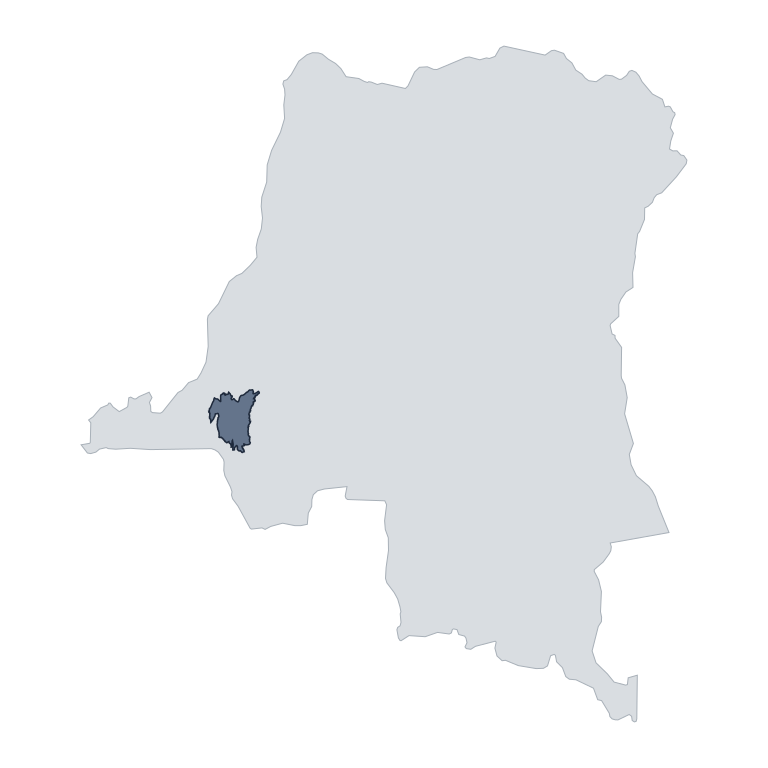 location of Kenge, Bandundu, Democratic Republic of the Congo
{"feature_id": "63176286B18264844623742", "entity_name": "Kenge", "entity_type": "district", "adm_level": 2, "iso_a3": "COD", "parent_name": "Democratic Republic of the Congo", "parent_adm1": "Bandundu", "projection": "robinson", "projection_center": [16.889, -5.103], "detail": "fine", "context": "in_parent", "style": "filled", "palette": "slate", "viewbox_px": 768, "rotation_deg": 0, "n_neighbors": 0, "source": "geoboundaries", "source_scale": "gbopen_adm2", "svg_char_len": 9328}
<svg xmlns="http://www.w3.org/2000/svg" viewBox="0 0 768 768"><path d="M669.0,532.5L610.2,543.0L611.3,546.8L610.8,550.7L609.2,553.8L603.2,562.0L594.3,569.6L594.2,571.4L598.6,579.9L601.4,591.5L600.5,611.8L601.6,617.3L601.4,621.6L598.3,626.4L592.1,650.9L596.0,662.8L607.4,673.9L614.1,682.1L625.6,685.1L627.4,684.6L628.2,677.8L637.3,675.2L636.8,718.9L636.1,721.4L634.4,721.9L632.2,720.5L631.6,716.3L629.2,714.5L618.0,719.9L615.2,719.8L612.1,718.9L609.9,716.6L609.3,713.3L601.6,700.6L597.7,699.7L593.5,688.2L576.0,679.8L569.3,679.2L565.8,676.6L562.4,667.6L556.6,661.8L555.4,655.3L554.2,654.4L550.6,655.7L547.5,665.9L543.5,668.3L536.3,668.6L518.3,665.6L505.5,660.3L502.1,660.7L497.0,656.0L494.9,648.1L496.2,642.1L495.2,641.2L475.5,646.3L470.8,649.3L466.3,648.6L465.0,646.9L467.0,642.7L466.0,638.2L464.6,636.1L458.8,634.5L457.0,629.6L453.5,628.9L452.3,629.6L451.4,632.9L449.2,634.0L437.5,632.4L425.2,636.7L409.0,635.6L401.1,640.7L400.0,640.5L398.4,637.9L396.9,629.7L397.7,627.4L400.1,625.8L401.0,622.4L400.2,613.9L400.9,611.8L400.0,606.9L397.7,599.0L394.2,592.6L386.9,582.9L385.5,578.4L386.1,567.6L388.5,550.5L388.3,537.8L385.3,529.5L384.6,520.7L386.6,504.7L384.8,500.8L347.5,499.5L346.0,498.3L345.2,496.1L347.0,486.6L324.3,489.0L317.5,490.8L313.3,494.7L311.9,499.6L311.7,506.5L308.3,513.1L307.3,524.3L301.0,525.6L294.7,525.6L282.6,523.2L270.8,526.4L265.1,529.4L262.0,527.9L251.4,529.1L250.1,528.2L238.0,506.1L232.6,498.8L231.5,495.1L232.0,491.7L230.5,487.1L224.9,475.8L223.8,470.5L224.1,462.2L223.5,459.4L218.4,452.2L215.0,449.9L211.3,448.6L150.5,449.6L130.3,448.3L115.7,449.2L108.2,448.6L106.2,447.6L99.5,449.1L95.9,452.1L90.7,453.6L87.4,453.0L81.1,444.8L89.7,443.3L90.3,442.5L90.8,422.8L88.6,420.0L93.2,416.7L100.6,408.0L107.8,404.9L108.8,403.1L110.3,403.2L113.0,406.9L119.2,411.6L126.9,407.4L127.8,406.3L128.8,397.8L130.7,397.1L134.0,398.9L135.9,398.9L139.2,396.5L149.1,392.2L152.0,397.6L149.4,402.5L150.6,406.0L150.8,411.4L152.4,412.6L160.3,413.2L162.5,411.9L178.0,392.5L182.1,390.3L188.6,382.6L197.2,379.1L201.0,373.0L206.0,362.2L208.2,346.5L207.4,319.5L208.1,315.8L218.5,303.7L229.3,281.5L236.5,275.7L241.9,273.4L250.3,265.3L257.0,257.2L256.1,247.4L257.7,239.3L261.3,229.0L262.5,218.0L261.2,206.5L261.8,197.1L266.7,182.1L267.2,164.9L271.6,150.4L280.5,132.1L284.6,118.4L283.8,104.9L285.0,95.0L284.6,89.1L282.9,84.1L283.7,80.9L287.1,79.6L291.3,74.5L298.8,61.2L306.9,54.8L312.5,52.7L318.4,52.9L322.2,54.1L328.5,59.3L335.6,63.5L340.9,68.6L346.1,76.7L358.8,78.5L364.2,81.4L367.5,82.5L368.7,81.7L371.3,82.1L377.3,84.5L382.0,83.2L405.4,88.5L408.0,85.9L414.6,72.0L419.4,67.3L427.4,66.8L433.6,69.4L437.0,69.5L465.6,57.5L469.3,57.0L479.8,59.8L486.5,57.9L489.3,58.5L495.1,56.4L499.9,48.1L503.9,46.1L545.1,55.1L551.4,50.7L554.4,50.2L563.6,53.4L566.4,58.5L571.9,62.9L575.8,70.1L582.0,74.2L585.1,78.0L588.7,80.7L596.2,81.7L605.7,75.1L612.4,75.8L619.2,79.4L621.5,79.2L626.6,75.4L629.3,71.3L631.9,70.4L635.9,72.2L639.1,76.0L642.0,81.6L652.4,94.0L662.4,99.3L664.9,106.9L668.5,106.2L670.3,106.9L672.9,111.7L674.7,112.7L675.1,114.6L672.6,119.2L670.3,127.8L673.4,133.2L670.8,140.9L669.5,149.0L672.8,150.9L677.0,150.8L680.8,155.0L683.8,155.6L686.9,160.1L686.2,163.8L676.4,176.8L661.7,192.8L656.7,194.7L654.2,197.7L652.4,202.3L648.1,206.3L644.7,207.9L644.5,219.4L639.6,231.4L637.7,233.8L634.9,253.3L635.4,256.7L632.6,272.6L633.0,287.4L625.9,292.0L620.9,299.3L618.8,304.4L618.8,316.4L610.7,323.8L610.1,325.5L612.1,334.0L615.0,335.4L615.1,338.2L621.6,347.4L621.2,375.5L621.5,378.2L624.9,384.9L627.2,397.6L624.6,413.8L633.4,443.5L629.3,454.4L631.1,464.8L636.4,475.7L648.9,486.4L652.3,490.9L655.4,496.8L658.3,506.1L669.0,532.5Z" fill="#d9dde1" stroke="#a8b0b8" stroke-width="1"/><path d="M217.7,399.0L216.1,398.9L215.3,398.6L214.6,397.9L214.2,398.2L214.1,398.8L213.9,399.1L213.8,400.2L213.5,401.1L212.9,401.9L212.4,403.0L210.5,407.7L210.3,408.0L209.6,408.4L209.6,409.1L209.4,409.2L209.5,409.5L209.3,410.0L209.2,410.4L209.3,410.4L209.3,410.5L209.2,410.8L209.3,410.9L209.3,411.1L209.1,411.1L209.0,411.3L209.0,411.5L208.9,411.5L209.0,411.7L208.9,412.2L209.5,412.4L209.5,412.7L209.8,413.3L209.7,413.5L209.9,413.8L209.7,414.1L209.8,414.9L209.7,415.4L209.8,416.0L209.5,416.4L209.8,416.8L209.9,417.0L209.5,417.6L209.4,417.8L209.5,418.2L210.2,418.9L210.4,419.5L210.6,419.4L210.7,419.9L210.8,420.0L210.7,422.2L210.8,422.5L213.7,418.7L213.9,417.7L214.1,417.2L214.6,416.8L215.1,415.2L215.3,414.1L215.4,413.8L216.8,413.8L217.4,413.4L218.2,413.6L218.6,414.9L218.6,415.5L218.9,416.0L218.5,417.3L218.0,417.7L217.9,418.3L218.1,418.8L218.1,419.0L217.8,419.3L217.8,419.7L217.5,420.1L217.6,421.1L217.3,421.6L217.4,422.1L217.4,423.3L217.2,423.7L217.1,424.3L217.3,426.2L217.4,426.4L217.4,427.0L217.5,427.7L217.9,428.1L217.7,428.7L218.0,429.8L218.4,430.2L218.6,430.6L218.6,430.8L218.5,431.0L219.0,432.3L219.0,432.8L219.2,433.3L219.0,433.6L219.0,434.0L219.1,434.7L219.2,434.9L219.3,435.3L219.1,435.8L219.0,437.2L219.7,437.5L219.9,437.5L220.1,437.3L220.3,437.5L220.6,437.4L221.3,437.3L221.5,437.7L221.8,438.0L222.3,438.0L222.6,438.2L223.0,439.1L223.6,439.3L223.9,440.1L224.6,440.7L224.8,440.7L224.9,441.5L225.6,441.8L226.2,442.4L226.7,442.7L226.9,442.8L227.6,442.2L228.9,441.5L229.0,441.8L229.0,442.0L229.1,442.8L229.5,443.2L230.6,443.8L230.8,444.2L230.7,444.4L230.9,444.6L231.0,445.4L231.1,445.5L231.1,445.8L231.3,446.2L231.1,447.1L231.6,447.1L231.8,447.0L231.9,446.7L231.9,445.2L232.1,444.1L232.0,442.3L232.1,441.8L232.1,441.1L232.2,440.7L232.5,440.3L232.8,442.1L233.2,444.1L233.2,444.6L232.8,448.8L232.8,450.0L233.8,450.0L234.3,449.9L234.5,449.8L234.6,447.8L234.6,447.4L235.3,447.0L236.3,445.6L236.7,445.5L236.9,445.6L237.0,446.1L237.4,446.5L237.4,446.8L237.5,447.0L237.5,447.3L237.3,447.4L237.2,447.5L237.2,447.8L237.4,448.0L237.4,448.6L237.3,448.8L237.3,449.0L237.5,449.1L237.5,449.6L237.9,450.0L238.8,450.8L239.2,451.0L240.5,450.8L241.7,452.2L242.2,452.5L243.7,451.8L244.2,451.7L244.0,451.1L244.1,450.7L243.8,450.4L243.8,450.2L243.7,449.5L243.1,449.2L242.9,448.8L243.0,448.6L242.8,448.5L242.9,448.4L242.8,448.1L242.6,448.1L242.4,447.4L242.3,447.2L242.1,447.1L241.9,446.7L242.0,446.1L242.3,446.0L243.1,446.0L243.9,445.8L244.3,445.6L244.4,445.3L243.8,444.3L243.8,444.0L244.5,444.1L245.7,444.9L247.9,444.7L248.8,444.5L249.9,443.8L250.3,442.6L250.1,442.2L249.7,441.8L249.5,441.3L249.6,440.7L249.5,440.3L249.6,439.8L249.4,439.6L249.7,439.1L249.6,438.6L249.7,438.0L249.7,437.9L250.0,437.1L249.8,436.9L249.6,436.5L249.4,436.5L249.4,436.3L249.2,436.2L248.7,435.8L248.5,435.3L248.5,435.1L248.2,434.9L248.2,434.5L248.2,434.2L248.3,433.9L248.5,433.6L248.3,433.4L248.2,433.2L248.1,432.9L248.2,432.4L247.9,431.6L248.2,431.1L248.0,430.7L248.1,430.0L248.2,429.9L248.3,429.5L248.2,428.7L248.4,428.0L248.2,427.8L248.4,427.7L248.2,427.1L248.3,426.7L248.2,426.5L248.3,426.4L248.3,426.0L248.6,426.0L248.4,425.7L248.8,425.1L248.7,424.8L248.7,424.7L249.3,424.2L249.5,423.8L249.6,423.3L249.8,423.0L250.0,423.0L250.1,422.6L250.3,422.5L250.4,422.0L250.2,422.0L250.1,421.8L250.3,421.5L250.1,421.5L249.8,421.4L249.7,421.1L249.9,420.9L249.4,420.5L249.9,419.7L249.8,419.2L249.8,418.9L249.3,418.6L249.2,418.3L249.3,418.1L249.1,417.9L249.2,417.5L249.5,417.1L249.4,416.8L249.6,416.2L249.4,415.6L249.6,415.3L249.6,415.2L249.2,415.2L249.0,414.8L249.1,414.5L248.9,414.2L249.0,413.7L249.1,413.2L249.4,412.9L249.5,412.6L249.7,412.4L249.6,412.2L250.0,412.1L250.1,411.2L250.5,410.9L250.2,410.7L250.4,410.3L250.4,410.1L250.4,409.8L250.3,409.5L250.4,409.2L250.7,408.9L250.7,408.7L251.0,408.4L251.2,407.2L251.4,407.0L251.4,406.5L251.7,406.4L251.7,406.0L252.1,405.9L252.2,405.5L252.3,405.3L252.7,405.4L252.7,405.2L252.9,404.9L253.2,404.4L253.2,404.1L253.3,404.1L253.3,403.6L253.5,403.3L253.3,403.1L253.2,402.4L253.3,402.3L253.5,402.3L253.8,401.9L253.6,401.7L254.4,401.2L254.5,401.3L254.6,401.5L254.9,401.3L254.9,401.1L255.2,400.8L255.2,400.6L255.1,400.3L254.9,400.1L255.0,400.0L254.6,399.5L254.6,398.9L253.6,398.7L253.8,398.4L254.0,398.4L254.2,398.6L254.4,398.3L254.1,398.2L254.1,397.9L254.1,397.6L254.3,397.5L254.5,397.9L254.9,397.2L254.8,396.9L255.1,396.6L255.2,396.2L255.4,396.4L255.5,396.0L255.6,395.5L256.0,395.6L256.2,395.2L256.6,395.4L256.9,395.3L257.5,394.7L257.8,394.0L258.3,393.9L258.6,393.6L259.2,393.2L259.3,392.9L259.1,392.2L258.7,391.6L258.3,391.4L257.2,392.2L256.0,393.0L254.7,393.5L253.8,393.7L253.4,393.7L253.2,393.7L253.0,393.3L253.2,392.6L253.2,392.1L253.4,391.9L253.3,391.4L252.9,390.7L252.9,390.2L252.5,389.8L250.6,390.1L249.5,390.0L248.8,390.6L247.6,392.0L246.5,392.3L245.5,393.4L243.9,394.7L242.6,395.3L241.3,395.4L240.8,395.8L239.9,397.1L239.5,397.9L239.1,399.9L238.7,401.2L238.4,401.6L238.0,401.9L237.5,401.8L236.9,401.3L236.5,401.3L236.1,400.9L235.5,400.6L234.2,398.9L233.8,398.7L233.5,398.7L232.9,399.4L232.6,399.6L231.8,399.7L231.5,399.5L231.2,398.8L231.1,398.2L231.8,397.5L232.2,396.9L232.2,396.2L232.1,395.9L231.9,395.8L231.4,396.0L231.1,396.0L231.0,395.9L230.8,395.4L230.5,394.5L230.3,394.0L229.7,393.4L228.7,392.2L228.4,392.8L228.4,393.6L228.3,393.9L228.0,394.2L227.5,394.2L227.3,394.4L227.0,394.4L226.8,394.5L226.6,394.3L226.1,394.2L225.9,394.3L225.5,395.1L225.2,395.2L224.9,393.5L224.7,393.3L224.2,394.0L223.6,393.1L223.4,393.3L222.9,393.3L222.5,393.8L222.4,394.2L221.9,394.4L221.5,394.5L221.3,394.8L220.9,394.9L220.7,395.3L220.6,396.3L220.7,400.7L220.7,401.4L220.6,401.5L220.3,401.4L220.0,401.2L218.6,399.9L217.7,399.0Z" fill="#64748b" stroke="#1e293b" stroke-width="1.5"/></svg>